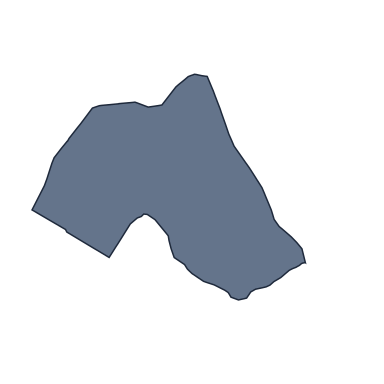 Sabah, Al Bayda', Yemen (Robinson projection), rotated 304°
{"feature_id": "15242507B50652394578350", "entity_name": "Sabah", "entity_type": "district", "adm_level": 2, "iso_a3": "YEM", "parent_name": "Yemen", "parent_adm1": "Al Bayda'", "projection": "robinson", "projection_center": [44.675, 14.271], "detail": "fine", "context": "isolated", "style": "filled", "palette": "slate", "viewbox_px": 384, "rotation_deg": 304, "n_neighbors": 0, "source": "geoboundaries", "source_scale": "gbopen_adm2", "svg_char_len": 2045}
<svg xmlns="http://www.w3.org/2000/svg" viewBox="0 0 384 384"><g transform="rotate(304 192 192)"><path d="M196.8,325.4L196.8,325.5L206.4,314.9L206.9,313.2L208.7,307.0L210.3,299.4L211.8,287.0L212.1,283.6L215.2,275.4L218.0,272.0L221.4,267.8L225.3,261.9L229.7,255.2L231.2,253.0L234.7,247.6L237.5,241.2L237.7,240.9L237.9,240.2L239.7,236.2L241.7,231.6L244.1,226.0L245.8,221.5L246.4,219.8L248.3,214.9L252.3,204.4L253.5,201.3L257.1,195.7L260.6,190.1L266.3,182.6L274.3,171.8L275.3,170.5L275.4,170.4L276.7,168.7L280.8,162.8L283.7,158.7L284.5,157.5L284.6,157.4L287.2,153.8L288.0,152.7L288.2,152.3L296.1,140.3L296.3,140.0L296.1,139.4L295.7,138.8L294.9,137.1L294.0,135.3L292.6,131.9L291.8,129.8L290.9,128.1L289.5,127.2L288.5,126.4L288.0,126.0L285.5,124.3L284.7,124.1L281.4,123.2L280.7,123.0L280.4,122.9L277.7,122.1L275.5,121.4L273.5,120.8L270.1,119.9L247.3,118.4L244.9,115.9L242.5,113.3L240.7,111.3L237.9,108.2L235.2,96.8L235.0,95.9L234.9,95.8L234.8,95.3L234.6,94.5L233.5,93.2L232.0,91.4L224.4,82.0L224.2,82.0L219.6,76.4L219.0,75.7L213.3,68.7L211.7,66.9L207.1,63.4L205.9,62.5L186.0,61.5L181.6,61.1L167.7,60.1L164.6,60.4L164.5,60.2L155.0,59.3L144.1,58.6L143.6,58.5L137.5,59.8L122.0,64.3L114.7,66.1L87.7,69.4L89.0,89.8L90.2,108.1L88.8,110.6L90.0,134.0L91.4,159.9L105.0,159.5L107.0,159.5L113.3,159.3L122.0,159.0L130.9,158.7L131.0,158.7L133.9,159.5L140.0,161.2L141.7,162.5L143.4,163.7L146.7,164.3L148.1,166.9L148.4,167.4L148.4,167.5L148.4,176.8L144.2,190.9L143.4,193.6L142.4,196.8L138.9,200.1L133.3,206.4L127.7,213.9L127.7,226.4L126.0,230.2L125.5,231.4L124.9,234.6L124.4,237.7L124.4,251.5L125.2,254.6L127.4,262.3L128.2,268.6L128.4,270.3L128.9,274.0L128.9,278.2L128.4,279.3L128.2,279.8L126.6,283.1L128.5,290.9L130.1,292.4L132.1,294.3L132.7,294.9L134.6,296.6L142.0,296.6L146.9,299.0L152.3,304.2L154.8,306.5L158.4,308.7L163.5,310.0L170.6,313.4L181.4,316.4L182.7,317.1L184.0,317.8L185.3,318.6L186.7,319.6L187.4,320.1L187.9,320.4L189.4,321.1L190.6,321.8L191.9,322.3L193.2,322.6L194.6,323.2L196.8,325.4Z" fill="#64748b" stroke="#1e293b" stroke-width="1.5"/></g></svg>